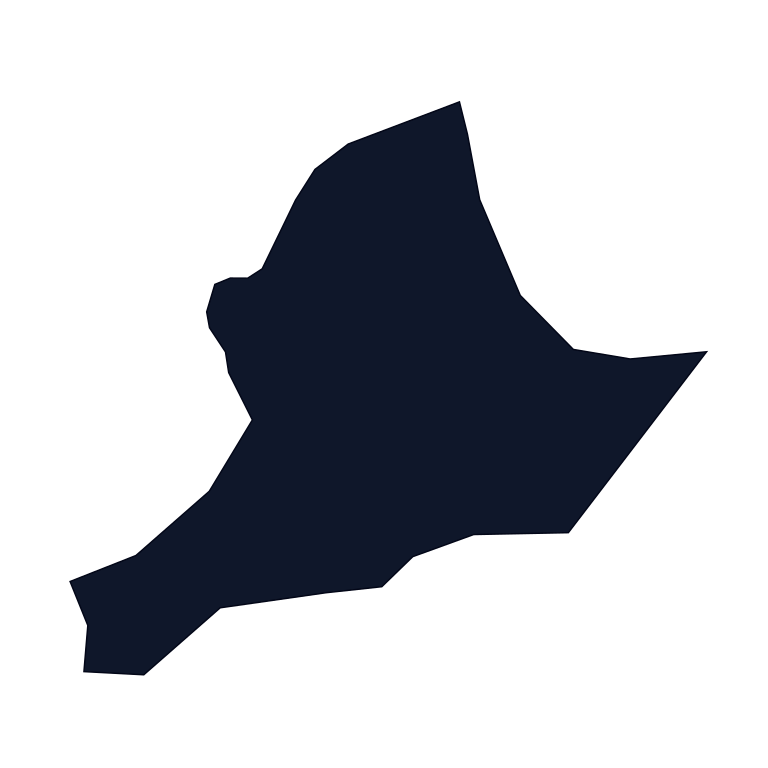 the District of Grand Port, rotated 177°
{"feature_id": "MUS-5185", "entity_name": "Grand Port", "entity_type": "District", "adm_level": 1, "iso_a3": "MUS", "parent_name": "Mauritius", "parent_adm1": "", "projection": "albers", "projection_center": [57.689, -20.397], "detail": "fine", "context": "isolated", "style": "filled", "palette": "ink", "viewbox_px": 768, "rotation_deg": 177, "n_neighbors": 0, "source": "natural_earth", "source_scale": "10m", "svg_char_len": 554}
<svg xmlns="http://www.w3.org/2000/svg" viewBox="0 0 768 768"><g transform="rotate(177 384 384)"><path d="M698.7,112.5L692.4,158.4L707.8,203.2L640.7,225.7L564.1,286.0L517.3,355.0L538.5,403.5L540.6,424.3L555.3,449.3L557.3,465.3L547.7,492.3L532.0,497.8L514.6,496.8L499.6,505.4L462.7,572.3L441.7,601.9L407.2,625.5L293.9,661.8L287.6,629.1L278.8,563.0L243.3,465.3L193.1,408.6L136.9,396.1L60.2,399.3L207.7,225.9L302.3,229.0L364.3,210.1L396.8,181.7L452.9,178.6L559.3,169.1L639.1,106.2L698.7,112.5Z" fill="#0f172a" stroke="#020617" stroke-width="1.5"/></g></svg>